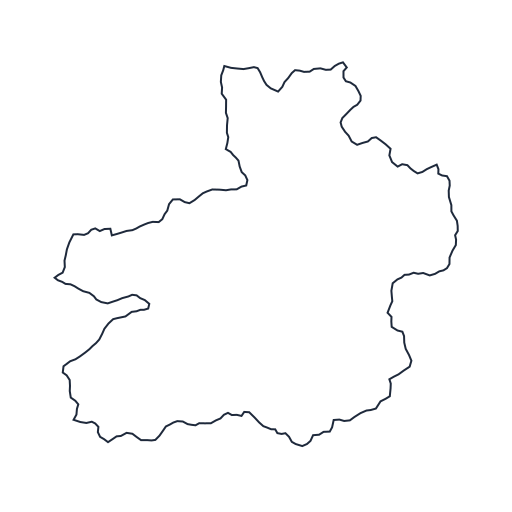 outline of Ouro Fino, Minas Gerais, Brazil, rotated 187°
{"feature_id": "56859067B45717322204832", "entity_name": "Ouro Fino", "entity_type": "district", "adm_level": 2, "iso_a3": "BRA", "parent_name": "Brazil", "parent_adm1": "Minas Gerais", "projection": "natural_earth1", "projection_center": [-46.373, -22.267], "detail": "fine", "context": "isolated", "style": "outline", "palette": "slate", "viewbox_px": 512, "rotation_deg": 187, "n_neighbors": 0, "source": "geoboundaries", "source_scale": "gbopen_adm2", "svg_char_len": 3865}
<svg xmlns="http://www.w3.org/2000/svg" viewBox="0 0 512 512"><g transform="rotate(187 256 256)"><path d="M106.1,133.1L106.3,141.0L106.7,145.8L108.6,149.9L104.5,153.0L100.1,155.9L95.4,160.3L90.0,164.9L89.0,171.0L92.0,176.3L96.1,182.1L98.3,188.1L99.3,194.6L101.5,198.7L106.5,199.3L112.7,202.2L113.7,207.5L114.1,212.1L118.5,215.7L116.6,223.3L115.2,227.7L116.3,232.7L117.4,238.0L117.0,245.6L112.8,250.0L109.0,252.3L106.3,255.4L101.9,256.2L97.5,258.6L92.9,258.1L88.0,259.5L81.2,257.9L76.1,260.1L72.2,263.1L68.2,264.6L65.0,267.2L63.0,271.6L63.7,278.1L61.6,285.3L59.0,291.2L59.4,296.6L60.9,300.9L58.8,305.4L59.5,310.4L60.9,315.5L64.8,320.3L67.5,324.1L68.3,330.3L71.7,338.0L72.7,344.4L72.3,349.5L73.1,354.3L76.2,358.5L81.1,358.6L85.1,360.0L85.5,364.4L87.8,368.7L93.3,365.4L97.1,363.0L101.1,359.7L105.7,357.7L109.8,359.6L113.4,361.8L116.8,364.6L122.1,364.9L126.3,362.0L132.4,365.8L135.9,372.1L135.5,378.8L141.0,382.7L146.3,385.8L151.3,388.5L155.5,387.2L158.9,383.3L163.8,381.3L169.2,378.7L175.0,381.3L178.7,386.7L182.7,390.1L186.7,394.8L188.3,398.9L187.1,403.5L183.3,408.4L180.1,412.7L177.4,415.9L174.0,418.4L171.2,423.0L171.6,427.7L174.4,432.1L178.0,436.9L183.5,439.7L188.1,440.4L190.9,443.8L191.7,450.1L188.9,454.2L193.3,458.8L197.2,457.0L201.0,454.2L204.6,450.1L209.4,449.3L214.9,450.1L221.4,448.7L225.2,445.5L230.8,444.6L235.2,445.3L239.9,445.2L242.8,441.9L245.7,436.6L248.9,432.1L250.5,427.1L254.1,421.9L261.8,424.2L266.4,427.1L269.3,430.6L271.6,434.2L274.3,438.9L277.3,442.7L281.1,443.2L286.2,441.5L291.2,440.0L297.4,439.8L303.7,439.7L310.6,440.7L311.2,436.3L312.5,431.1L312.1,424.5L310.2,419.1L309.8,412.9L304.7,407.5L303.9,400.4L303.3,394.4L300.9,389.4L300.7,382.2L299.9,374.7L298.0,370.6L298.2,364.6L299.0,358.4L293.8,356.2L291.0,353.4L288.0,351.2L285.0,348.5L283.1,342.8L280.4,337.5L276.5,334.7L273.8,330.3L274.3,324.8L278.9,323.1L283.3,319.8L289.1,319.0L293.8,317.6L300.3,317.4L307.5,316.7L312.8,314.0L316.4,311.8L320.0,308.1L323.7,304.1L328.5,300.3L333.3,300.8L338.5,303.0L345.4,302.0L348.6,296.9L349.6,290.2L351.8,286.4L353.5,281.1L356.7,277.8L362.7,277.3L367.1,275.6L370.6,273.7L375.0,271.1L378.2,268.7L381.8,266.6L387.5,265.1L392.7,262.7L397.0,260.8L401.6,258.9L403.9,265.3L409.7,264.3L414.1,261.7L418.9,263.8L422.7,262.0L425.5,258.1L429.2,256.0L435.6,255.9L439.9,255.2L442.9,246.8L444.5,239.6L444.9,233.4L445.5,228.1L444.4,221.7L445.9,215.9L449.9,213.1L453.2,209.9L449.7,207.8L445.2,206.7L441.7,205.1L436.7,205.3L432.4,203.9L428.4,202.0L423.3,200.0L416.9,199.1L412.0,196.3L409.2,193.4L404.0,191.4L397.4,190.9L392.0,193.5L388.3,195.2L383.6,197.9L377.7,200.3L374.2,202.4L369.7,202.4L365.9,200.1L361.0,198.7L356.1,195.5L356.6,190.7L360.5,189.0L364.2,188.5L367.8,186.6L372.6,185.4L378.2,180.1L386.5,177.3L390.1,175.9L394.2,171.0L397.6,165.3L399.2,160.0L401.4,154.0L404.2,150.0L407.2,146.8L410.0,143.2L413.7,139.4L418.6,134.8L422.6,131.5L427.6,128.9L433.6,123.1L433.6,116.8L429.4,114.5L425.8,110.2L424.8,104.4L424.4,99.3L422.6,92.9L417.7,90.3L414.3,87.1L415.1,82.5L414.9,76.7L417.1,71.2L410.1,69.8L404.0,69.6L398.8,71.5L395.2,70.2L391.6,67.2L391.5,61.9L388.7,57.5L384.5,55.7L380.2,53.2L376.0,56.8L372.4,60.0L368.2,60.9L362.9,64.7L357.0,64.5L352.4,61.8L347.6,59.2L341.4,60.0L337.2,60.2L333.5,61.2L329.9,65.9L326.8,71.7L324.7,75.8L321.0,78.2L317.8,80.6L314.0,82.5L308.5,82.8L303.4,80.8L299.4,80.6L295.4,80.6L292.0,83.1L286.4,83.7L280.4,84.5L275.7,88.0L271.5,90.4L268.5,94.5L264.7,96.9L260.6,95.2L255.7,96.0L250.9,95.5L248.7,99.8L243.7,100.1L237.7,95.5L232.6,91.2L228.0,88.0L224.2,87.1L219.9,85.9L215.8,86.3L213.2,82.8L208.9,82.5L205.2,83.7L201.2,80.6L197.8,75.9L193.7,74.2L186.9,73.0L182.5,75.6L179.4,79.1L177.5,85.1L171.6,86.3L167.5,89.7L161.4,90.7L159.6,95.2L158.9,102.7L153.3,103.8L148.4,103.0L142.8,104.3L138.7,108.2L133.1,112.8L127.5,116.1L123.4,117.1L118.4,119.2L114.7,126.9L109.9,130.1L106.1,133.1Z" fill="none" stroke="#1e293b" stroke-width="2"/></g></svg>